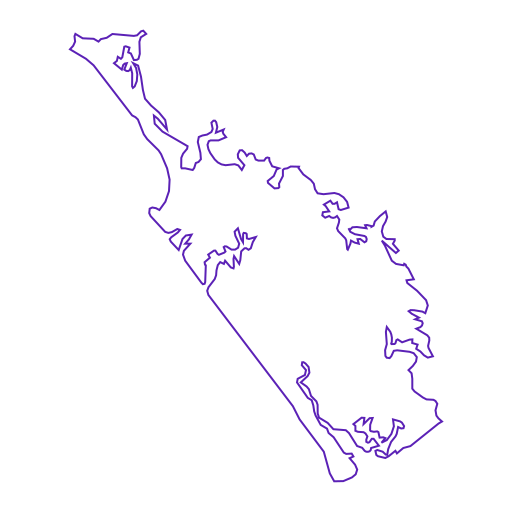 Northland, Robinson projection
{"feature_id": "NZL-3404", "entity_name": "Northland", "entity_type": "Regional Council", "adm_level": 1, "iso_a3": "NZL", "parent_name": "New Zealand", "parent_adm1": "", "projection": "robinson", "projection_center": [173.848, -35.399], "detail": "fine", "context": "isolated", "style": "outline", "palette": "violet", "viewbox_px": 512, "rotation_deg": 0, "n_neighbors": 0, "source": "natural_earth", "source_scale": "10m", "svg_char_len": 6062}
<svg xmlns="http://www.w3.org/2000/svg" viewBox="0 0 512 512"><path d="M438.6,423.5L410.4,446.1L403.3,448.0L396.9,453.4L395.4,450.8L388.7,456.2L385.3,458.0L377.9,456.2L376.3,454.9L375.4,450.9L377.3,450.0L382.7,451.7L385.8,454.6L387.2,454.8L388.2,449.1L391.1,441.9L395.5,436.4L396.7,433.9L398.1,427.0L401.2,428.5L403.5,428.2L404.1,426.1L401.9,422.6L400.1,421.4L393.0,419.4L393.9,426.3L391.4,433.9L386.8,440.1L381.5,442.7L385.3,438.1L383.2,437.3L379.6,437.6L378.4,432.1L377.2,431.4L373.9,431.8L370.7,431.1L370.1,430.3L370.2,424.7L372.6,418.0L369.6,418.2L363.6,424.1L364.4,417.9L361.6,417.7L353.4,424.1L355.4,425.9L355.4,430.8L357.9,431.8L363.6,432.2L365.5,433.5L367.4,436.4L366.3,439.6L366.3,441.8L368.0,442.7L369.4,442.2L371.8,438.8L373.6,438.8L378.9,445.7L371.1,448.0L370.7,450.1L369.6,451.3L368.0,451.8L366.2,451.7L364.7,450.9L362.2,447.8L357.1,446.0L349.0,433.1L345.8,430.2L333.4,429.2L327.7,422.9L319.0,417.6L317.7,413.5L317.6,404.8L316.4,401.4L311.0,395.9L308.9,389.2L306.6,386.5L300.8,382.4L307.6,376.1L309.4,372.7L308.6,367.0L305.5,363.5L303.5,362.2L302.2,362.3L301.8,365.2L306.0,370.1L304.9,375.0L297.7,378.8L297.0,382.4L307.8,397.9L311.7,400.2L313.3,405.4L314.2,411.4L315.6,415.5L320.7,424.9L327.0,428.6L328.6,433.0L333.6,437.2L343.8,452.6L346.2,453.9L351.7,453.6L353.4,456.5L349.6,458.2L355.1,464.7L357.2,469.6L355.7,474.3L352.0,477.4L343.3,481.1L334.2,481.3L329.8,473.4L323.8,451.7L299.6,419.4L292.9,406.2L208.4,295.0L207.2,290.8L208.5,287.2L214.7,279.1L216.1,275.3L216.5,270.3L217.8,265.1L220.2,262.1L223.9,263.9L225.1,260.7L230.8,267.4L233.5,268.4L233.9,266.8L233.5,259.0L234.1,256.1L239.2,263.9L240.3,260.1L241.2,251.4L244.5,248.3L246.2,248.2L248.5,249.8L250.8,248.3L252.8,242.1L255.8,237.0L249.0,239.0L246.9,238.4L246.7,234.0L245.8,233.2L243.7,232.9L243.1,234.1L243.0,242.3L241.0,238.9L237.9,228.3L234.6,231.7L235.4,235.8L239.2,243.7L238.1,247.7L235.1,249.6L231.5,249.6L226.6,246.5L224.8,246.3L223.7,247.1L225.5,251.5L224.3,252.6L218.9,254.8L217.6,254.0L215.4,250.6L214.0,250.6L208.2,254.6L209.9,257.7L204.6,262.2L205.0,264.7L205.8,265.3L205.2,282.0L204.6,283.8L202.9,284.2L201.4,282.7L185.2,260.7L183.0,254.6L183.9,250.8L190.3,243.7L185.2,243.7L188.9,239.4L191.6,234.6L185.9,235.5L182.5,239.0L178.7,250.0L170.8,241.6L169.7,239.2L171.2,237.3L177.8,232.5L180.0,229.9L177.3,229.0L171.9,232.1L168.4,232.9L165.2,231.9L150.6,216.1L149.2,213.1L149.7,208.7L152.3,207.5L156.0,208.2L159.4,210.0L165.4,201.7L169.0,191.1L169.6,179.6L167.1,168.3L161.1,154.2L158.6,150.4L147.2,139.1L143.8,134.3L137.9,119.5L135.5,117.2L132.1,115.4L93.6,65.3L86.0,58.8L70.0,49.3L73.2,45.8L75.1,41.6L74.5,36.2L75.4,33.9L82.7,38.3L93.7,38.8L98.5,41.6L100.9,39.1L106.7,37.8L112.4,34.0L133.8,35.9L137.1,35.3L141.1,31.3L143.3,30.7L146.2,33.9L140.8,37.3L139.4,41.8L139.8,53.9L138.5,58.8L136.9,59.8L133.9,60.1L130.9,53.5L128.2,52.4L129.5,47.6L125.7,46.3L124.3,46.7L122.3,57.3L120.9,58.8L117.8,56.8L116.9,60.9L114.0,63.2L121.8,69.6L123.2,65.0L124.7,63.6L126.8,63.2L124.3,69.6L126.3,70.9L128.2,71.1L129.8,70.0L130.8,67.7L132.2,73.3L132.1,86.3L132.9,87.9L134.7,86.4L136.8,81.1L137.3,74.5L136.1,68.0L133.2,63.2L138.1,65.6L141.0,76.7L142.9,89.9L145.0,98.7L151.1,105.6L158.9,112.4L165.2,120.0L167.0,129.5L157.8,118.7L153.9,115.6L154.7,123.7L162.5,131.6L187.6,146.2L187.1,148.8L183.1,153.6L181.3,157.8L181.2,167.1L181.7,168.3L185.0,168.3L192.7,170.0L194.2,168.0L195.8,163.0L198.5,162.0L200.9,159.2L200.4,152.9L197.8,142.0L198.8,137.0L202.4,135.5L207.0,134.6L211.4,132.0L212.7,129.0L211.4,122.7L213.4,120.7L215.0,120.7L216.2,122.2L217.3,127.0L215.9,132.7L223.7,129.5L222.7,131.8L223.3,133.7L226.1,137.2L218.5,140.4L210.6,140.4L208.8,141.2L207.5,144.8L208.4,149.1L210.3,153.1L214.7,159.4L217.8,162.4L221.5,164.4L225.6,165.2L234.7,164.2L238.3,165.4L241.8,170.0L244.4,165.2L238.1,157.8L237.8,154.3L239.7,150.4L242.1,150.2L244.7,152.6L246.8,156.0L249.0,153.7L251.6,153.4L253.8,154.5L255.7,159.5L258.4,160.6L264.1,160.6L266.0,158.0L267.4,157.5L269.2,158.0L269.4,160.7L272.2,166.3L279.0,168.3L276.6,169.5L273.8,176.0L267.7,181.0L268.0,182.9L274.5,188.4L278.4,188.1L279.3,187.2L279.0,183.6L282.9,176.0L282.9,170.0L284.2,168.8L287.3,168.3L290.7,166.5L299.0,166.7L298.5,168.0L303.3,174.4L310.9,180.1L313.8,183.7L315.0,189.2L317.6,193.3L323.5,194.2L334.4,193.0L338.9,194.2L343.5,197.3L347.1,201.9L348.6,207.6L340.8,210.0L338.6,209.2L337.0,202.3L334.6,203.8L332.6,203.8L330.4,200.7L323.9,204.6L325.7,206.1L329.2,211.4L322.9,212.2L322.3,215.4L325.2,217.7L329.2,216.0L331.1,217.4L333.1,217.9L335.1,217.4L337.0,216.0L339.3,219.6L338.9,222.6L337.0,228.3L338.2,231.1L345.3,238.4L346.2,240.3L347.2,249.1L347.8,249.7L350.4,243.7L351.0,240.6L354.7,242.6L358.8,243.7L357.5,239.2L360.2,239.0L364.5,242.3L366.2,241.3L366.7,239.1L366.0,237.0L364.5,236.0L354.9,234.2L350.3,231.8L348.5,228.3L349.8,229.9L352.4,227.3L356.9,227.0L366.5,228.3L365.1,225.2L367.0,225.0L371.5,226.1L371.5,226.8L373.6,225.6L374.8,221.5L379.9,216.1L385.7,211.4L387.2,217.0L385.6,221.6L383.0,226.1L381.8,231.4L383.3,236.7L386.4,239.0L394.7,239.2L394.7,240.6L392.9,243.8L398.7,250.6L395.9,253.0L381.8,240.6L384.9,245.6L391.8,260.7L396.0,263.9L403.7,265.3L404.2,263.8L405.7,264.7L406.4,266.6L408.4,268.6L413.8,279.3L406.5,280.3L407.3,283.0L417.1,290.8L426.1,300.2L427.8,305.5L425.3,313.2L422.4,311.6L414.0,310.2L410.6,310.1L408.7,311.2L411.8,313.8L418.9,317.6L415.2,319.3L421.9,321.3L422.7,323.2L422.0,325.5L420.4,327.1L416.3,328.7L427.3,335.3L429.2,337.7L429.3,340.5L428.1,345.9L428.5,347.9L432.9,356.3L427.8,357.6L424.0,355.3L420.4,351.5L416.2,348.8L417.6,344.6L412.2,343.0L412.4,339.4L409.6,339.6L402.1,342.3L397.7,339.4L396.4,340.1L395.4,343.3L394.5,344.0L391.6,344.1L391.2,343.7L391.8,341.8L391.9,337.7L391.3,334.5L390.3,331.8L386.8,327.0L385.9,331.9L386.8,344.1L385.1,350.2L385.4,355.9L386.7,357.7L389.6,358.1L391.3,356.2L393.8,350.8L397.2,350.3L409.6,351.8L413.7,353.2L416.8,357.1L416.0,361.6L412.8,366.0L408.5,370.1L411.6,373.3L412.3,378.8L412.3,388.7L414.6,391.5L422.9,397.5L426.5,399.4L433.5,399.8L435.5,401.0L437.3,403.8L435.5,410.3L436.4,415.6L438.4,418.3L442.0,421.5L438.6,423.5Z" fill="none" stroke="#5b21b6" stroke-width="2"/></svg>